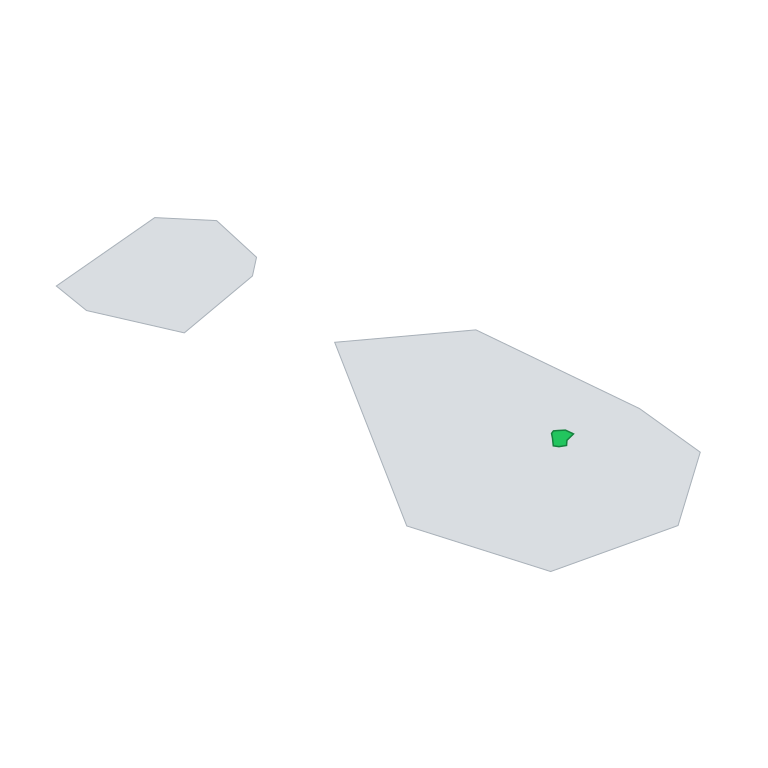 location of Santa Venera within Malta, rotated 339°
{"feature_id": "MLT-5943", "entity_name": "Santa Venera", "entity_type": "state/province", "adm_level": 1, "iso_a3": "MLT", "parent_name": "Malta", "parent_adm1": "", "projection": "equal_earth", "projection_center": [14.477, 35.887], "detail": "fine", "context": "in_parent", "style": "filled", "palette": "green", "viewbox_px": 768, "rotation_deg": 339, "n_neighbors": 0, "source": "natural_earth", "source_scale": "10m", "svg_char_len": 558}
<svg xmlns="http://www.w3.org/2000/svg" viewBox="0 0 768 768"><g transform="rotate(339 384 384)"><path d="M654.8,561.0L607.8,621.5L472.4,618.8L354.4,524.7L352.9,327.4L489.2,366.4L613.8,498.6L654.8,561.0ZM299.9,236.0L215.9,264.7L132.6,208.8L113.2,175.1L229.6,146.5L286.3,171.5L310.4,220.0L299.9,236.0Z" fill="#d9dde1" stroke="#a8b0b8" stroke-width="1"/><path d="M532.4,506.8L524.9,505.2L519.9,502.4L521.9,494.9L522.7,490.2L525.4,488.5L529.2,489.6L536.9,492.1L543.0,498.5L534.6,502.1L532.4,506.8Z" fill="#22c55e" stroke="#15803d" stroke-width="1.5"/></g></svg>